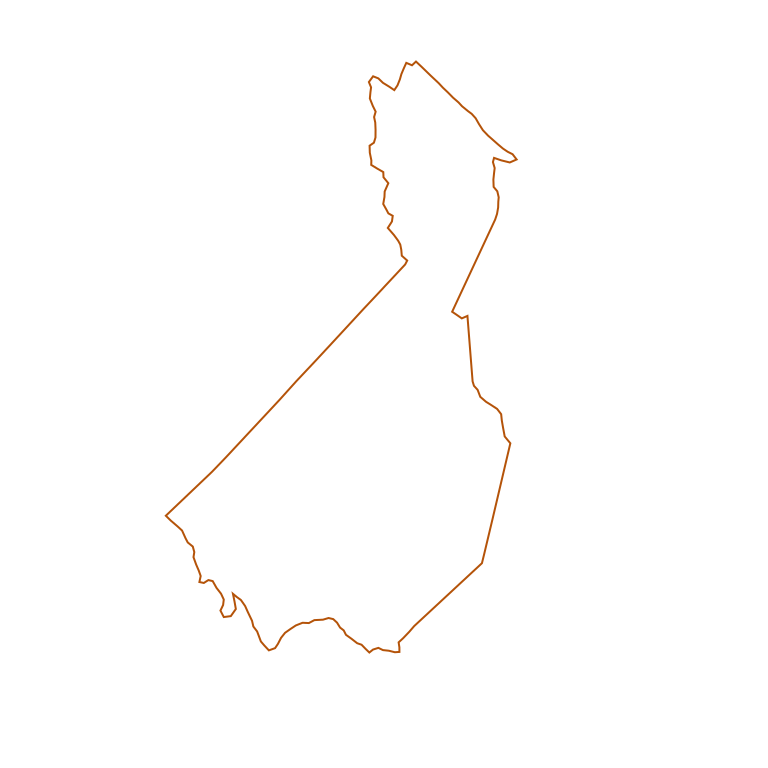 the district of Uruçuca, Bahia, Brazil, rotated 304°
{"feature_id": "56859067B25735751163092", "entity_name": "Uruçuca", "entity_type": "district", "adm_level": 2, "iso_a3": "BRA", "parent_name": "Brazil", "parent_adm1": "Bahia", "projection": "albers", "projection_center": [-39.205, -14.52], "detail": "fine", "context": "isolated", "style": "outline", "palette": "amber", "viewbox_px": 768, "rotation_deg": 304, "n_neighbors": 0, "source": "geoboundaries", "source_scale": "gbopen_adm2", "svg_char_len": 2337}
<svg xmlns="http://www.w3.org/2000/svg" viewBox="0 0 768 768"><g transform="rotate(304 384 384)"><path d="M152.8,276.8L151.5,283.8L150.5,292.5L149.6,298.5L145.1,305.8L142.9,309.9L142.3,316.4L138.6,320.7L133.9,322.9L129.3,329.2L125.7,334.8L122.3,339.4L116.6,341.7L118.3,345.9L123.2,348.0L124.8,352.2L121.3,359.2L119.0,366.2L115.7,371.7L110.8,374.2L104.7,375.1L101.2,381.5L105.9,386.8L114.6,387.0L120.1,381.7L125.6,376.1L125.1,380.9L124.9,386.2L122.3,393.0L119.0,398.3L116.7,402.2L113.9,407.0L109.9,411.3L107.9,417.2L105.2,421.0L101.7,425.9L100.3,431.0L98.8,437.5L104.1,441.4L109.2,441.4L116.0,440.6L122.4,441.1L128.7,443.5L134.5,445.9L140.5,450.0L143.8,455.4L149.3,458.3L154.5,465.2L159.0,468.9L160.7,473.4L159.9,478.5L157.5,483.8L157.2,488.4L154.8,492.7L154.6,499.6L154.1,506.7L155.3,511.2L154.1,516.9L153.2,522.0L157.7,523.4L162.1,526.9L162.8,531.9L165.6,537.2L167.7,543.0L170.5,546.6L174.3,544.0L178.0,540.6L183.9,542.0L192.6,543.5L200.2,544.4L290.2,565.4L298.9,562.2L333.5,549.2L405.5,521.9L408.0,513.4L414.6,506.9L419.6,502.1L424.5,498.0L426.6,491.7L426.5,484.0L426.3,478.6L427.2,471.0L431.5,464.9L432.8,459.6L435.7,456.0L487.1,415.1L481.9,411.8L482.0,404.8L482.0,400.1L582.5,384.2L588.2,382.6L594.2,379.9L599.1,376.8L602.9,374.7L607.1,370.2L608.7,364.7L614.6,360.4L620.6,357.2L624.9,355.0L628.9,350.2L633.0,348.8L635.0,356.2L638.0,364.4L644.3,368.4L646.4,362.1L645.7,356.7L645.7,351.0L646.4,344.5L647.2,338.4L648.1,331.4L649.7,324.1L652.5,317.6L655.6,311.3L657.0,305.6L657.2,301.0L657.9,293.4L659.1,288.4L660.0,281.1L661.5,273.7L662.6,267.1L664.0,261.1L664.9,255.5L665.8,250.0L667.0,243.3L668.0,237.7L669.2,230.2L663.9,229.0L662.7,222.9L656.8,223.9L650.7,225.1L645.5,226.8L639.1,228.2L633.4,228.2L633.4,222.0L633.1,214.7L634.2,208.4L633.0,202.9L625.9,202.6L622.7,207.4L618.3,209.6L612.8,212.6L608.3,219.2L605.1,224.8L599.8,226.5L595.8,230.6L590.1,234.8L583.6,239.1L578.4,240.7L573.5,238.8L567.8,242.9L562.3,248.5L558.5,250.9L558.8,257.9L559.3,264.9L555.1,268.0L552.9,275.3L544.0,276.9L539.3,279.8L532.8,282.7L530.0,288.3L527.9,292.2L528.3,297.2L523.2,299.7L515.5,299.9L513.1,308.9L510.7,315.6L508.7,319.5L504.9,323.3L500.3,327.0L499.3,334.2L494.9,334.7L466.1,330.1L457.7,328.8L435.0,325.1L390.8,318.3L363.9,314.1L337.7,309.8L312.1,306.2L234.5,293.9L215.0,290.5L152.8,276.8Z" fill="none" stroke="#b45309" stroke-width="2"/></g></svg>